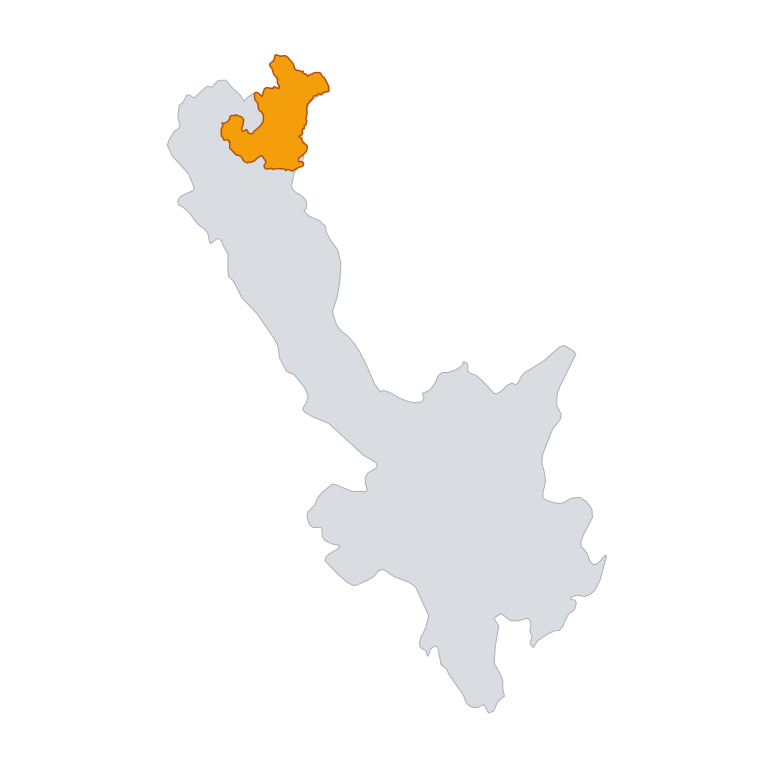 Champasak on a map of Laos (Natural Earth projection), rotated 185°
{"feature_id": "LAO-3280", "entity_name": "Champasak", "entity_type": "Province", "adm_level": 1, "iso_a3": "LAO", "parent_name": "Laos", "parent_adm1": "", "projection": "natural_earth1", "projection_center": [105.911, 14.688], "detail": "fine", "context": "in_parent", "style": "filled", "palette": "amber", "viewbox_px": 768, "rotation_deg": 185, "n_neighbors": 0, "source": "natural_earth", "source_scale": "10m", "svg_char_len": 7167}
<svg xmlns="http://www.w3.org/2000/svg" viewBox="0 0 768 768"><g transform="rotate(185 384 384)"><path d="M274.5,74.1L277.9,81.2L294.0,100.3L296.7,105.5L302.7,109.4L307.5,126.4L309.6,127.5L312.3,126.3L314.4,123.9L316.1,117.4L317.2,116.7L319.0,122.0L323.5,123.7L325.5,126.0L326.1,130.1L325.4,134.3L321.5,144.0L319.2,156.9L334.9,184.7L341.5,188.5L357.3,193.0L368.1,199.2L373.0,197.7L377.8,190.8L383.6,187.0L394.2,181.0L397.3,180.7L403.2,183.1L412.8,190.0L427.4,202.9L426.9,206.4L424.2,209.8L416.4,214.9L413.9,218.2L415.4,219.4L421.9,220.2L429.6,223.2L432.0,226.6L433.2,234.3L434.6,235.7L441.7,234.9L443.9,235.9L446.5,238.4L449.0,244.8L448.9,249.6L441.9,258.1L441.0,263.2L437.3,269.2L427.6,279.3L424.9,279.9L407.0,274.3L392.7,275.1L391.5,277.2L393.9,283.4L394.6,289.4L392.3,294.0L384.1,300.0L383.8,302.6L385.5,305.3L397.4,310.7L435.5,339.9L452.9,345.4L460.6,349.1L462.5,351.2L462.5,353.7L460.4,357.0L458.8,362.7L458.7,366.1L460.5,369.4L463.6,374.4L474.3,385.4L482.1,388.1L490.3,400.7L492.7,411.8L496.8,419.0L516.6,442.9L533.2,457.7L543.1,473.6L547.9,477.1L549.4,482.9L550.7,499.7L556.4,508.0L557.6,511.4L560.1,513.9L562.9,514.4L568.7,508.9L569.9,509.7L572.5,518.5L574.9,521.7L583.7,527.2L593.1,537.8L598.1,541.7L604.4,544.7L605.3,548.1L604.1,551.5L602.1,553.7L591.3,559.9L589.9,562.6L597.0,576.2L615.1,593.1L620.7,603.2L619.5,608.0L614.6,617.9L610.8,620.5L609.8,623.6L612.6,631.6L612.3,644.0L608.9,646.9L605.7,654.5L603.5,655.1L598.0,652.3L586.4,665.3L581.4,664.7L575.6,672.0L568.1,672.9L562.9,667.5L551.9,658.8L548.0,653.4L544.5,658.1L538.7,662.5L530.5,660.9L528.3,667.5L526.7,668.6L516.8,669.8L514.9,670.8L516.5,676.7L522.3,686.8L524.1,692.6L520.5,702.1L510.2,701.8L505.6,698.0L499.7,689.9L486.6,684.7L477.8,688.3L475.1,688.1L468.5,681.4L466.0,677.0L464.5,670.6L474.6,665.3L479.7,661.3L483.0,656.9L484.4,652.4L486.0,633.7L487.5,627.1L486.7,619.0L484.0,612.6L484.0,603.1L485.4,595.3L489.3,591.5L491.9,585.9L493.5,573.4L492.3,570.2L488.6,567.1L482.2,564.2L478.2,560.6L476.6,556.1L476.8,552.2L478.7,548.9L473.9,545.1L462.5,541.0L456.1,536.0L454.7,530.3L449.9,522.7L441.7,513.4L437.4,499.9L437.0,482.3L438.0,468.0L441.6,451.5L436.8,439.5L431.5,433.2L424.2,428.5L417.2,421.9L410.6,413.2L402.7,400.4L393.4,383.4L387.2,375.8L384.0,377.6L377.3,376.0L367.1,371.1L358.2,368.5L350.6,368.1L345.6,369.2L343.3,371.8L343.1,374.4L345.0,376.9L344.0,378.8L340.0,380.3L336.8,383.1L333.1,389.3L330.6,397.4L326.8,400.5L321.0,401.2L315.2,403.6L309.5,407.5L306.9,410.5L307.2,412.6L305.9,413.0L303.2,411.9L301.9,409.2L302.0,405.0L299.2,402.1L293.3,400.7L286.6,396.1L273.8,384.4L270.9,383.9L266.7,386.9L261.1,393.5L256.6,396.1L253.0,394.7L250.3,397.0L248.3,403.0L244.7,407.7L227.4,420.4L211.8,436.7L207.8,438.1L198.5,433.6L195.5,430.4L208.6,397.0L210.6,388.9L210.3,378.2L204.9,369.3L204.7,366.7L205.5,364.0L212.2,353.6L220.0,327.0L219.7,318.7L216.4,309.6L214.6,300.9L216.2,289.1L215.6,284.5L212.1,282.2L200.3,279.9L193.5,281.8L190.2,285.0L186.2,287.0L178.8,288.1L171.8,284.2L166.0,277.4L164.7,269.1L172.2,251.3L174.0,244.4L173.8,241.1L172.6,237.8L170.8,237.3L167.1,233.1L163.5,225.7L160.1,222.3L156.8,222.9L153.8,225.7L148.8,232.7L147.3,231.8L151.8,207.2L156.0,196.7L160.9,191.9L166.0,189.8L171.4,190.6L175.9,189.7L179.5,187.1L179.2,185.6L174.9,185.3L173.3,182.5L174.2,177.2L176.1,173.8L179.1,172.3L182.0,167.0L184.8,158.0L188.2,153.4L192.1,153.3L198.9,149.4L208.5,141.8L212.3,134.5L215.8,137.9L214.4,146.4L216.3,148.2L217.2,151.2L216.6,156.0L217.4,160.0L218.8,162.0L220.9,163.0L231.1,159.5L237.3,159.3L247.4,165.5L253.4,160.9L253.5,159.1L248.6,153.3L250.3,131.6L249.8,115.2L241.5,103.1L239.8,98.2L239.0,90.3L236.8,83.5L242.8,78.0L246.1,68.0L250.3,65.5L251.6,65.9L256.6,73.4L263.1,69.7L268.1,69.7L272.2,71.7L274.5,74.1Z" fill="#d9dde1" stroke="#a8b0b8" stroke-width="1"/><path d="M485.8,598.3L484.5,598.0L483.6,597.3L483.2,595.9L483.7,594.3L485.0,593.4L487.9,592.3L490.2,590.7L490.4,590.4L490.7,590.4L492.1,589.7L493.1,588.4L494.8,588.2L496.3,588.9L497.8,589.4L499.3,589.0L499.9,588.3L500.6,588.1L501.2,588.6L501.7,589.3L502.5,589.7L503.2,590.1L503.9,589.8L504.5,589.2L505.1,589.2L505.7,589.4L509.7,589.3L511.8,588.7L513.5,588.1L515.0,589.1L516.4,588.5L518.0,588.4L519.4,588.0L520.8,588.0L522.1,589.7L522.6,591.5L521.4,593.1L521.0,595.2L524.7,599.9L526.4,600.7L529.5,598.5L532.2,595.4L533.9,594.2L535.6,593.5L537.8,593.1L539.8,592.4L543.1,593.8L546.0,598.0L548.1,599.0L550.3,599.1L551.7,599.7L558.3,605.6L558.7,611.9L559.0,612.0L559.5,611.8L559.4,612.1L559.3,612.4L560.4,613.3L561.8,613.6L564.4,612.9L565.3,613.9L565.9,615.2L566.8,616.0L567.6,617.2L568.2,620.9L568.2,624.7L567.0,626.9L568.0,629.9L566.6,629.7L564.0,630.6L563.3,631.5L562.2,632.5L561.0,634.1L560.9,636.2L559.9,638.0L558.0,638.4L556.1,638.3L554.9,639.3L551.6,638.1L549.9,637.9L548.2,636.8L546.9,635.0L546.9,633.0L547.2,631.0L547.0,630.1L547.1,629.1L547.8,627.2L548.0,624.9L546.7,623.4L545.0,624.2L543.5,625.5L542.0,624.6L541.3,622.6L539.7,621.7L537.8,621.7L536.3,622.7L535.4,624.6L532.7,627.0L529.8,630.3L527.2,634.9L527.4,640.4L528.3,642.4L529.5,644.1L531.3,645.2L532.9,646.7L534.2,652.6L535.4,654.0L536.7,655.2L537.8,657.1L538.1,659.2L538.1,660.1L538.5,661.0L537.7,662.9L537.7,663.0L537.3,663.0L536.5,663.3L535.6,663.2L535.0,663.0L531.2,660.3L530.8,659.9L530.2,661.1L529.6,665.0L529.1,666.6L528.2,668.1L527.2,668.8L526.0,669.0L523.8,668.8L522.2,668.5L521.3,668.6L520.6,668.6L520.2,668.6L520.1,668.9L519.9,670.1L519.7,670.4L518.6,670.5L515.9,669.4L514.6,669.1L514.3,669.9L514.2,670.8L514.3,671.6L514.6,672.4L515.8,673.6L516.5,674.7L516.7,676.2L516.5,678.0L517.0,679.5L517.9,680.4L520.1,682.0L521.0,683.3L522.7,687.7L523.5,688.8L524.5,689.8L525.4,690.9L525.7,692.3L525.2,693.6L524.2,694.6L523.1,695.5L522.2,696.5L521.4,697.6L521.5,701.1L520.6,702.4L519.3,702.5L516.1,701.5L514.6,701.5L513.0,702.2L511.4,702.4L509.9,702.0L509.6,701.8L508.2,700.9L502.7,695.5L501.7,693.7L501.0,691.6L500.0,689.8L498.2,688.7L497.6,688.7L496.2,688.9L495.3,688.8L494.3,688.3L493.6,687.8L493.0,687.8L492.0,688.6L491.5,687.3L490.6,686.1L489.4,685.6L488.5,686.0L488.1,685.4L487.7,684.9L487.2,684.4L486.7,684.1L484.9,685.5L484.0,686.1L482.9,686.4L481.4,687.6L479.6,688.2L477.8,688.5L476.0,688.5L474.9,688.4L474.3,688.1L473.8,687.5L472.2,684.9L471.7,684.6L470.8,684.3L470.3,684.0L469.2,682.7L465.4,676.2L464.8,674.7L464.6,672.9L464.6,670.6L465.5,670.6L468.8,669.8L469.9,669.2L470.4,668.7L471.1,667.1L471.6,666.7L472.2,666.7L473.3,667.6L474.1,667.6L474.5,667.3L475.7,666.0L476.2,665.5L476.9,665.2L478.6,664.9L479.3,664.5L479.5,664.0L480.1,662.3L480.4,661.5L480.8,661.0L482.3,659.5L484.3,656.4L485.1,654.4L485.2,652.2L484.3,647.3L484.4,645.1L484.9,641.6L484.7,640.9L484.0,639.6L483.9,637.9L484.2,636.3L484.7,634.9L485.0,634.7L485.9,634.4L486.1,634.2L486.1,633.8L485.7,632.7L485.6,631.6L485.7,631.2L486.0,631.1L487.0,631.1L487.3,631.0L487.8,629.3L486.8,627.0L487.4,625.6L489.9,623.8L490.5,622.8L488.8,622.4L488.0,621.7L486.1,618.7L486.0,618.4L486.1,617.6L485.9,617.2L485.6,617.1L484.8,617.3L484.5,617.2L482.9,615.4L481.6,615.1L481.0,613.8L481.0,612.2L481.3,610.6L481.7,609.1L482.3,608.0L484.9,605.0L486.6,603.3L488.4,602.0L488.7,601.9L488.7,599.9L488.5,598.3L488.3,598.0L487.0,598.3L485.8,598.3Z" fill="#f59e0b" stroke="#b45309" stroke-width="1.5"/></g></svg>